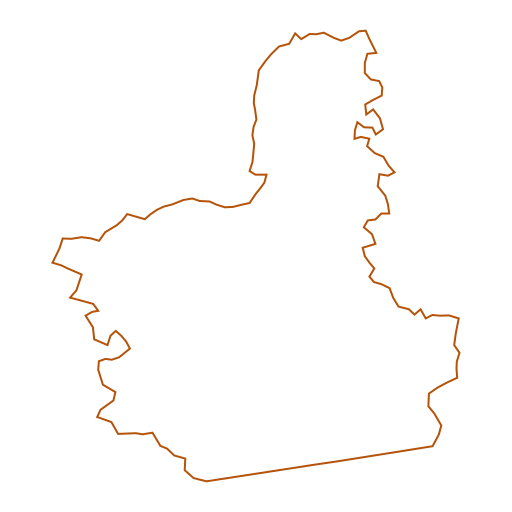 outline of Arapuã, Paraná, Brazil
{"feature_id": "56859067B42065519789749", "entity_name": "Arapuã", "entity_type": "district", "adm_level": 2, "iso_a3": "BRA", "parent_name": "Brazil", "parent_adm1": "Paraná", "projection": "robinson", "projection_center": [-51.814, -24.328], "detail": "fine", "context": "isolated", "style": "outline", "palette": "amber", "viewbox_px": 512, "rotation_deg": 0, "n_neighbors": 0, "source": "geoboundaries", "source_scale": "gbopen_adm2", "svg_char_len": 2118}
<svg xmlns="http://www.w3.org/2000/svg" viewBox="0 0 512 512"><path d="M376.3,52.9L369.1,38.4L365.7,30.7L358.9,31.3L349.2,37.9L341.2,40.6L334.0,37.9L323.8,32.7L316.4,34.2L309.7,34.0L301.2,39.1L295.2,33.4L289.2,43.8L279.0,46.5L271.0,54.4L265.8,60.6L258.8,70.3L256.8,85.0L254.2,95.6L253.8,103.0L255.1,109.9L256.4,119.6L253.6,126.8L252.4,135.2L254.2,143.8L253.2,154.6L252.5,161.9L249.6,171.1L255.5,174.7L266.5,174.7L264.4,182.6L260.5,188.0L255.7,193.9L249.6,203.0L242.2,204.6L233.0,206.9L224.9,207.3L216.4,204.6L209.7,201.5L199.7,201.0L192.3,198.5L183.4,200.0L172.0,204.5L163.7,206.6L156.8,209.9L150.2,214.5L144.8,219.2L127.2,214.1L122.3,220.4L116.6,225.3L105.2,232.2L99.1,240.8L91.0,238.4L81.7,237.2L71.4,238.8L62.7,238.5L59.5,248.4L52.5,262.7L61.4,265.4L68.4,268.8L81.7,274.5L76.4,290.4L70.1,297.6L93.2,303.9L98.2,310.8L92.1,311.9L85.6,315.7L92.9,327.3L94.2,339.3L107.5,345.1L110.5,335.7L115.8,330.9L121.3,335.8L126.1,341.5L129.9,348.6L119.1,357.3L111.8,359.7L105.4,358.9L98.9,361.2L98.2,369.7L102.9,384.7L115.4,392.1L113.4,400.5L100.5,409.8L97.2,417.0L111.4,422.1L118.1,433.9L135.9,433.2L142.5,434.3L152.5,432.7L160.4,445.9L167.0,448.6L174.3,455.5L185.3,458.6L184.7,470.2L193.6,478.1L206.5,481.3L315.1,464.6L338.3,461.2L432.6,446.2L438.8,434.6L441.3,425.5L434.3,413.5L428.4,406.2L428.9,393.6L437.9,387.4L447.5,382.3L457.2,377.8L456.5,368.8L456.8,361.6L459.5,352.8L454.2,345.1L455.7,333.9L458.7,318.4L448.9,315.4L440.3,315.7L432.3,315.0L425.7,318.4L420.6,309.3L414.5,314.6L408.8,309.2L398.5,306.6L393.2,297.8L389.6,288.2L381.7,284.3L373.9,282.0L369.4,276.6L374.3,268.5L369.7,263.0L364.8,256.2L362.7,247.7L375.4,243.9L372.0,234.2L363.8,227.3L367.8,220.4L375.4,219.5L381.3,213.5L389.2,213.5L388.0,204.5L385.3,195.7L377.7,186.2L379.4,174.2L388.0,175.7L394.5,172.3L388.7,165.8L383.4,156.8L374.7,153.1L367.1,146.2L369.3,138.7L360.8,136.9L354.5,138.8L354.9,130.3L357.4,122.2L364.0,127.3L372.4,127.6L375.8,134.5L383.0,129.2L380.0,118.4L373.1,109.4L366.3,114.5L365.2,104.5L373.3,99.8L381.7,95.6L382.3,87.5L379.2,81.1L370.7,79.4L364.8,73.0L364.8,63.0L367.4,53.8L376.3,52.9Z" fill="none" stroke="#b45309" stroke-width="2"/></svg>